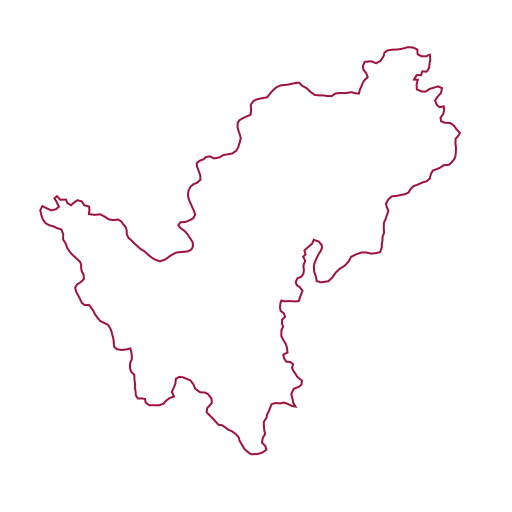 Monjolos, Minas Gerais, Brazil, rotated 86°
{"feature_id": "56859067B56933655704963", "entity_name": "Monjolos", "entity_type": "district", "adm_level": 2, "iso_a3": "BRA", "parent_name": "Brazil", "parent_adm1": "Minas Gerais", "projection": "robinson", "projection_center": [-44.02, -18.393], "detail": "fine", "context": "isolated", "style": "outline", "palette": "rose", "viewbox_px": 512, "rotation_deg": 86, "n_neighbors": 0, "source": "geoboundaries", "source_scale": "gbopen_adm2", "svg_char_len": 5076}
<svg xmlns="http://www.w3.org/2000/svg" viewBox="0 0 512 512"><g transform="rotate(86 256 256)"><path d="M61.2,80.7L58.9,85.0L58.3,90.1L59.3,94.7L59.9,100.2L59.7,105.3L60.2,110.9L62.1,113.6L65.7,114.9L70.2,118.4L72.1,122.7L69.8,127.4L69.9,133.9L73.7,136.0L77.6,135.9L81.2,133.3L85.5,132.1L87.9,135.3L90.4,137.3L94.5,139.2L98.1,141.1L101.1,141.9L100.7,145.3L99.2,149.5L99.8,155.2L99.2,160.7L99.5,165.6L101.8,169.4L101.3,174.1L100.5,177.6L100.2,181.6L99.5,186.1L96.4,189.9L92.2,193.7L89.6,197.8L86.0,201.1L86.4,205.9L87.3,212.6L87.5,219.3L89.0,223.6L92.0,227.7L95.3,230.9L98.5,233.8L99.2,240.4L99.8,244.3L101.3,247.9L104.9,250.7L110.1,250.7L114.8,251.6L116.4,256.3L117.7,259.8L119.5,263.2L122.0,265.0L125.5,265.4L128.9,265.0L133.2,263.8L137.5,263.0L142.6,264.7L146.6,266.3L149.7,268.4L152.1,272.7L152.7,278.0L153.0,281.7L155.1,285.6L155.7,291.1L153.4,295.1L153.7,298.9L155.8,301.5L157.0,305.4L159.1,308.5L162.2,308.7L165.3,307.8L168.5,306.9L171.4,306.0L176.1,306.1L178.9,309.8L180.1,313.6L182.5,316.7L186.3,318.8L189.4,319.5L192.5,319.5L196.3,318.6L200.2,317.1L203.7,315.9L206.8,314.7L210.6,313.8L213.8,315.8L215.5,319.1L217.1,323.9L217.1,329.1L220.0,331.4L223.1,329.1L226.2,325.3L229.0,323.1L232.9,320.9L238.1,318.1L242.6,318.4L245.2,320.3L246.7,323.7L246.8,329.6L247.0,335.4L249.7,341.3L253.3,347.0L254.6,352.3L252.4,357.3L249.9,360.6L247.0,363.7L243.6,366.9L240.8,370.9L237.6,373.9L234.7,376.7L231.8,379.2L228.7,382.1L225.0,383.4L221.6,383.2L218.1,384.0L215.2,386.2L212.1,387.9L210.0,391.1L210.3,395.5L209.2,400.3L206.3,404.0L203.6,408.3L203.7,414.0L202.5,419.8L198.8,419.0L195.1,419.0L193.3,423.9L189.4,426.0L187.9,430.3L189.9,433.7L192.4,436.9L190.2,440.4L186.4,441.7L186.3,447.3L182.4,450.3L184.5,453.0L188.5,451.0L193.1,449.2L195.5,452.5L196.2,457.0L193.9,461.3L191.3,465.6L195.2,468.0L200.2,467.3L204.7,466.1L208.5,463.7L210.9,460.1L212.3,456.0L214.5,452.3L215.8,448.4L220.8,446.8L226.1,447.3L229.9,445.1L234.7,443.8L239.3,441.2L242.3,438.8L245.5,435.7L249.3,432.1L252.4,431.0L255.7,431.3L259.5,430.8L262.8,429.2L267.2,429.4L270.0,432.9L271.8,436.4L275.1,438.7L279.6,437.7L283.8,435.7L287.6,434.2L290.7,432.9L293.1,430.2L293.1,426.0L296.2,424.0L299.8,421.9L303.0,420.6L306.7,418.3L310.0,415.9L311.8,412.8L314.4,408.4L317.9,406.5L321.2,405.4L324.4,404.9L328.1,404.1L332.6,403.9L336.7,403.8L339.4,401.1L340.4,396.0L340.1,391.6L339.4,387.8L343.3,387.1L347.0,386.8L350.4,387.1L354.2,389.1L358.9,389.6L363.1,388.4L366.2,385.6L370.1,385.9L374.6,385.6L379.1,386.0L382.3,385.6L386.5,385.6L389.9,383.8L390.1,380.0L390.9,376.6L394.6,376.3L397.4,372.9L397.7,368.1L398.2,363.5L397.0,358.7L394.2,356.0L391.7,352.0L390.4,347.6L385.8,349.4L381.5,347.2L377.7,345.3L372.9,344.5L371.2,341.0L371.9,337.5L373.3,334.4L375.6,330.1L380.0,327.2L383.9,326.1L388.1,321.3L388.6,316.5L390.7,313.3L395.3,310.3L399.6,310.4L402.1,312.8L404.3,315.3L408.4,316.2L412.5,312.7L415.3,310.2L418.4,307.8L421.7,305.3L422.4,301.8L424.8,298.6L427.4,295.7L429.2,292.1L432.2,288.7L435.6,286.0L439.4,285.2L443.5,283.1L447.5,281.1L450.3,278.6L453.4,274.8L453.7,268.2L452.6,263.6L450.0,259.2L446.3,259.9L442.5,263.1L437.7,261.8L434.4,259.4L430.2,259.9L426.1,260.0L422.1,259.8L417.9,256.7L414.8,256.1L412.2,254.3L408.3,252.4L404.9,250.8L404.0,246.8L404.8,242.2L404.1,238.5L405.9,234.4L408.1,230.7L409.0,227.1L404.7,229.2L401.0,229.5L396.4,230.5L391.2,227.8L389.4,222.2L387.5,219.6L383.5,218.9L379.5,223.2L376.1,224.9L373.5,226.6L370.1,227.9L366.6,226.5L364.0,229.4L363.6,233.1L359.8,235.3L356.3,235.6L354.5,231.3L349.7,231.5L345.5,232.6L342.0,234.5L337.6,236.3L332.1,235.9L328.4,233.9L325.4,234.8L321.4,234.4L318.8,231.3L315.2,232.2L312.6,235.2L309.2,235.7L305.1,235.0L302.2,233.8L303.2,230.5L303.3,225.4L304.0,220.6L304.0,216.5L299.5,214.7L294.0,212.0L290.2,214.5L287.9,217.4L284.9,218.2L281.2,216.3L279.7,212.0L276.9,209.9L273.5,209.2L269.1,209.4L264.1,207.3L260.0,209.0L258.0,206.5L253.8,207.3L250.4,202.9L247.6,199.1L243.9,197.3L246.0,192.3L249.5,189.8L252.5,189.6L255.3,191.0L258.5,193.4L263.1,196.1L267.3,198.2L270.7,199.1L275.9,199.0L280.2,197.8L285.3,197.2L286.8,193.1L286.2,185.6L282.9,181.6L278.1,177.6L274.7,173.6L271.9,168.2L268.0,164.0L263.5,161.3L261.3,155.8L259.8,150.4L260.3,145.2L261.6,141.3L261.6,137.0L260.8,131.9L256.1,129.8L252.7,129.7L249.4,128.8L245.5,128.4L241.8,126.6L237.1,126.6L231.8,126.1L228.3,124.2L224.4,122.6L220.2,120.7L216.7,122.0L212.9,122.8L208.8,120.0L205.9,116.4L205.9,111.5L205.1,106.7L204.7,102.9L203.3,99.4L200.4,97.5L197.4,94.3L196.2,90.1L194.3,85.0L193.3,80.4L190.8,77.2L186.6,75.9L183.0,73.6L181.9,69.4L180.7,66.0L178.5,62.6L178.5,57.2L175.7,53.8L173.2,51.5L170.5,50.1L166.2,49.4L162.3,49.0L157.8,49.2L152.9,48.7L150.7,46.3L147.6,44.0L143.3,47.3L139.6,49.6L136.9,52.9L136.2,58.5L134.4,62.0L131.0,62.3L127.3,59.3L123.6,58.1L119.8,58.3L120.4,62.5L117.9,65.0L113.6,66.6L109.9,63.9L106.2,60.0L101.5,58.8L99.5,62.5L100.5,66.9L101.4,71.1L103.9,75.4L103.4,79.4L101.0,83.9L96.4,83.9L91.5,82.3L91.0,86.1L86.7,83.1L87.2,78.8L83.4,77.2L84.0,72.9L80.7,70.3L76.2,69.5L72.2,68.4L67.3,68.6L68.6,72.2L68.3,77.0L66.0,80.7L61.2,80.7Z" fill="none" stroke="#9f1239" stroke-width="2"/></g></svg>